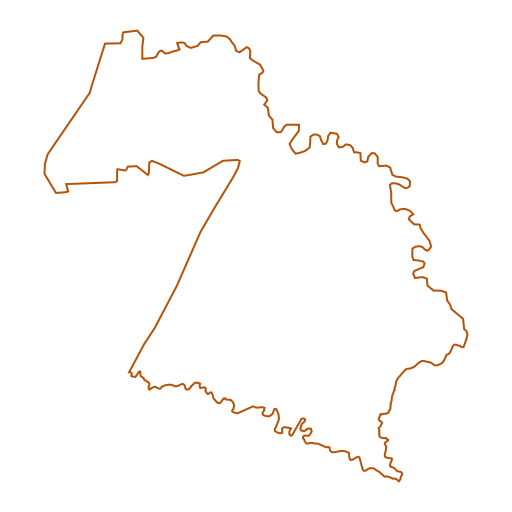 the district of Arbolito, Cerro Largo, Uruguay
{"feature_id": "84410073B155313044366", "entity_name": "Arbolito", "entity_type": "district", "adm_level": 2, "iso_a3": "URY", "parent_name": "Uruguay", "parent_adm1": "Cerro Largo", "projection": "mercator", "projection_center": [-54.143, -32.623], "detail": "fine", "context": "isolated", "style": "outline", "palette": "amber", "viewbox_px": 512, "rotation_deg": 0, "n_neighbors": 0, "source": "geoboundaries", "source_scale": "gbopen_adm2", "svg_char_len": 6054}
<svg xmlns="http://www.w3.org/2000/svg" viewBox="0 0 512 512"><path d="M129.1,372.2L130.6,372.2L131.7,373.4L131.8,374.2L131.3,375.7L131.6,376.4L135.5,376.9L139.1,371.7L139.6,371.4L140.2,371.6L140.5,372.0L140.2,373.2L140.6,375.9L143.6,378.1L143.8,379.0L144.3,379.8L144.9,380.3L145.9,380.5L146.7,381.5L148.9,382.7L149.3,383.9L149.4,384.8L148.6,386.9L148.8,389.0L149.3,389.6L150.1,389.4L151.4,388.0L154.6,386.8L156.0,387.1L157.2,387.8L159.7,388.8L160.6,388.6L161.7,386.9L165.1,385.3L169.5,384.6L170.5,384.7L173.5,385.5L174.6,386.3L176.2,386.3L177.4,386.1L181.9,384.0L182.9,384.0L184.1,384.8L184.9,386.2L185.2,387.8L185.8,389.0L186.8,389.5L187.9,389.5L189.0,389.0L191.1,386.7L191.2,386.0L192.9,384.8L193.5,384.0L195.2,382.6L196.8,382.9L198.5,382.8L200.1,383.8L199.6,385.2L199.8,386.7L200.3,388.1L204.5,387.2L205.9,388.6L205.4,391.1L207.6,394.0L209.0,393.7L209.5,392.8L210.2,392.4L211.4,392.5L212.7,395.0L213.0,396.9L213.8,398.7L216.9,402.3L218.5,403.1L220.1,403.0L223.5,398.7L224.2,398.3L225.3,398.3L225.4,399.1L226.5,399.6L230.6,399.9L232.8,402.1L233.8,404.0L233.9,406.4L233.4,409.1L232.6,409.8L232.1,410.7L232.2,411.3L233.1,412.1L236.2,413.1L237.6,413.3L252.4,406.6L253.5,406.5L255.4,407.4L257.2,407.7L261.3,407.2L263.3,407.4L264.5,407.9L263.9,410.7L262.8,412.5L262.5,413.6L263.0,414.7L264.1,415.5L267.7,416.4L269.8,416.0L272.6,413.9L274.3,409.2L275.0,408.9L275.7,408.9L276.6,409.6L277.7,412.3L278.6,415.1L279.0,418.5L278.2,421.4L275.5,427.9L275.0,428.4L274.8,430.6L275.3,431.3L278.2,432.9L279.7,433.3L281.8,433.1L282.3,432.5L282.0,428.8L283.2,427.5L284.4,427.2L290.5,428.1L291.1,428.7L289.9,430.2L289.4,431.4L289.3,433.9L290.1,435.2L291.1,435.7L292.1,435.2L301.6,418.7L302.5,418.4L304.2,418.7L305.0,419.2L305.2,419.8L304.4,421.6L301.7,424.1L300.3,428.7L301.3,430.6L304.3,431.1L306.8,429.4L307.0,429.0L307.4,428.7L310.2,428.5L311.1,429.1L311.4,429.8L311.1,430.2L311.7,431.5L310.2,434.1L309.4,435.2L308.2,435.9L306.5,435.5L304.0,435.8L303.1,436.7L302.9,438.2L304.0,439.2L304.4,439.9L304.4,440.7L306.2,443.4L307.8,443.6L310.1,442.9L312.5,442.9L315.3,443.7L317.7,443.5L326.2,447.3L328.7,447.1L329.5,447.4L329.9,450.3L331.0,451.5L332.3,452.3L335.1,452.1L340.8,451.0L344.0,450.9L347.7,452.3L348.9,452.8L349.4,458.1L350.4,459.9L352.4,459.8L357.6,456.7L358.5,456.9L359.4,457.4L362.6,469.2L363.2,470.2L364.0,470.8L364.8,470.9L366.1,470.4L368.5,468.7L369.7,468.2L373.1,468.3L374.3,468.7L376.6,470.5L377.7,470.9L379.7,472.3L384.6,476.7L386.1,476.7L386.7,476.3L390.7,477.6L392.9,478.7L394.5,478.5L396.5,479.2L398.8,481.3L400.3,479.3L400.9,476.5L402.0,474.8L402.2,473.4L400.8,471.9L397.3,471.2L394.2,468.2L392.5,467.2L390.8,466.9L389.9,465.7L390.8,462.1L392.0,459.7L391.6,458.3L388.9,458.1L386.6,457.6L384.8,456.6L384.8,454.6L386.0,449.2L386.2,446.9L385.8,445.6L384.8,444.2L384.8,443.1L385.5,442.3L388.2,440.3L388.1,439.8L386.6,438.8L385.9,438.0L383.8,438.2L382.0,437.9L380.0,437.0L379.6,436.4L379.1,434.0L379.4,432.3L379.0,431.5L379.5,430.5L378.6,428.2L379.7,427.2L381.9,423.5L382.0,422.9L381.8,422.2L379.2,420.4L378.9,419.7L378.9,418.3L379.4,417.4L380.4,414.2L380.7,413.9L381.6,414.5L383.3,413.9L384.6,413.9L386.3,413.5L387.9,413.1L388.8,412.0L389.0,410.9L390.1,409.5L390.6,407.6L390.3,406.7L390.8,404.8L390.5,404.1L391.6,400.6L392.0,396.6L394.2,390.3L394.8,389.8L394.7,389.2L394.5,388.9L394.7,387.7L395.7,384.6L396.1,381.6L398.4,377.5L400.4,375.5L402.1,373.3L405.7,369.5L407.1,368.8L410.3,368.5L413.2,367.3L415.5,365.9L417.1,364.1L421.1,361.2L423.1,360.9L429.4,362.2L431.3,362.9L434.7,365.3L437.4,365.3L442.0,363.1L444.2,360.2L446.5,354.9L448.9,353.9L450.6,351.4L452.6,346.6L454.2,344.6L456.2,344.8L458.7,345.6L460.3,345.8L460.9,346.7L462.2,347.2L463.5,347.2L466.2,339.6L467.5,334.5L466.4,331.1L464.1,329.1L463.1,318.8L451.5,309.2L450.1,304.7L447.1,300.4L446.1,292.5L441.1,290.7L433.6,290.6L427.5,285.7L426.8,278.6L422.4,277.1L415.0,278.0L413.2,273.7L414.2,271.1L419.4,268.7L423.2,267.3L424.6,263.7L423.4,261.6L418.6,260.5L413.5,260.0L412.3,256.5L412.4,248.6L415.4,246.7L419.7,246.2L422.5,247.2L424.9,249.5L427.1,250.8L428.8,249.8L431.2,246.6L429.3,240.5L423.4,232.8L420.5,228.0L419.7,224.6L414.1,224.3L408.8,219.3L409.7,216.5L413.2,214.3L410.1,210.9L405.0,208.8L399.9,209.4L397.1,211.1L394.8,210.5L393.3,206.8L391.3,202.7L391.2,192.9L389.9,184.9L391.7,183.4L395.5,183.3L399.3,184.5L404.0,187.5L405.9,188.3L408.1,187.4L409.7,186.3L410.0,181.3L407.4,178.7L402.5,177.3L395.9,176.6L392.3,174.7L390.1,167.5L386.3,165.6L379.1,166.2L377.6,163.3L377.8,157.1L374.8,153.4L371.8,153.1L368.3,156.7L367.3,161.4L364.2,162.4L360.8,160.6L360.4,153.1L357.1,152.3L354.1,152.4L352.7,147.9L349.9,145.0L345.8,144.4L342.9,146.8L338.9,147.4L336.8,143.8L337.2,140.0L338.7,137.0L336.9,133.8L330.6,132.7L328.2,135.9L327.6,139.9L326.0,143.6L323.2,144.1L321.0,139.8L319.9,136.2L316.6,134.5L313.6,134.5L310.4,136.7L310.2,142.0L309.6,147.6L304.8,151.1L300.1,152.7L295.6,153.7L291.9,149.1L289.6,144.0L292.2,139.7L298.8,131.0L299.1,124.8L286.8,124.7L284.2,126.5L282.4,130.0L280.8,132.1L276.9,132.3L273.2,128.3L272.4,119.6L268.9,115.6L267.8,107.7L264.2,104.6L267.3,100.4L266.4,97.7L260.8,93.7L258.7,91.2L258.4,83.9L259.2,74.7L262.6,72.5L263.4,70.7L260.0,64.6L253.1,60.7L249.8,58.1L250.3,50.9L249.1,48.5L246.8,47.1L239.6,52.3L236.1,50.8L234.5,45.5L232.0,42.5L229.8,39.0L226.5,36.5L221.0,35.5L213.3,35.5L207.8,41.6L200.7,42.2L197.8,45.8L190.9,47.9L186.9,46.2L184.4,42.9L181.0,42.4L177.2,43.0L178.4,46.9L179.6,49.3L177.0,50.6L173.2,51.3L168.3,53.2L165.2,53.5L161.7,50.6L159.5,51.3L157.6,54.0L156.2,56.7L153.2,58.0L142.3,58.8L142.3,47.0L143.4,37.8L137.3,30.7L127.3,31.8L123.3,32.4L122.5,35.1L122.5,39.3L120.5,43.3L105.0,43.6L91.6,86.2L89.9,92.6L47.7,154.2L45.0,163.5L44.5,173.9L56.0,193.0L64.7,192.3L68.2,191.5L66.2,184.1L115.1,182.2L117.1,181.0L117.1,170.6L117.5,169.2L125.1,170.5L126.3,169.8L127.8,166.6L136.7,166.2L147.9,175.0L148.8,173.2L149.3,162.4L152.0,160.8L159.6,163.9L183.7,175.7L188.0,175.2L203.3,172.4L222.9,160.8L237.7,159.9L239.8,161.1L238.0,168.0L233.1,177.3L215.3,206.5L200.4,232.1L176.8,285.9L154.7,328.0L144.4,343.7L129.1,372.2Z" fill="none" stroke="#b45309" stroke-width="2"/></svg>